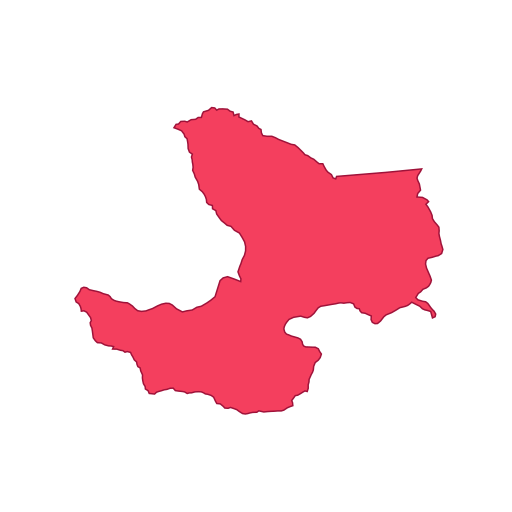 outline of Corumbá de Goiás, Goiás, Brazil, rotated 161°
{"feature_id": "56859067B32430674768714", "entity_name": "Corumbá de Goiás", "entity_type": "district", "adm_level": 2, "iso_a3": "BRA", "parent_name": "Brazil", "parent_adm1": "Goiás", "projection": "mercator", "projection_center": [-48.655, -15.953], "detail": "fine", "context": "isolated", "style": "filled", "palette": "rose", "viewbox_px": 512, "rotation_deg": 161, "n_neighbors": 0, "source": "geoboundaries", "source_scale": "gbopen_adm2", "svg_char_len": 4884}
<svg xmlns="http://www.w3.org/2000/svg" viewBox="0 0 512 512"><g transform="rotate(161 256 256)"><path d="M291.8,404.0L288.4,401.2L285.6,398.6L284.3,394.6L284.4,391.9L283.0,389.4L283.4,386.6L283.9,383.9L285.2,379.6L285.1,375.9L283.0,373.0L284.8,370.6L285.0,367.8L285.6,365.6L285.9,363.2L286.6,360.3L288.0,357.6L287.6,353.8L287.8,350.4L286.9,345.6L286.9,342.2L287.8,337.6L285.8,334.2L284.9,331.3L284.5,328.6L284.5,325.7L285.2,322.7L283.9,320.1L280.8,318.0L281.7,314.8L279.2,312.0L279.5,308.5L278.3,304.3L277.2,300.8L275.1,297.5L273.3,294.4L270.0,292.2L268.0,287.3L264.2,283.1L263.0,277.9L262.2,273.1L262.7,268.4L264.2,264.2L266.7,260.4L270.2,257.1L272.7,253.7L274.6,251.6L278.2,246.9L278.1,242.5L277.7,239.3L278.8,236.8L284.2,241.4L289.6,245.7L294.2,246.0L298.0,244.4L308.0,230.8L313.1,228.9L317.7,227.6L324.1,226.3L328.6,226.8L333.9,225.7L339.3,226.7L343.8,227.1L348.4,232.0L351.1,236.9L353.5,239.4L356.7,240.7L361.0,241.2L365.3,240.9L371.0,240.0L375.2,240.0L377.9,239.9L382.3,240.9L385.7,242.8L387.7,245.8L389.1,248.9L391.2,251.8L392.8,253.6L396.4,255.1L400.4,257.3L403.1,259.0L404.8,260.4L406.6,262.7L407.2,265.1L408.4,267.2L412.7,270.1L415.3,272.5L418.2,274.5L420.8,276.0L424.6,278.4L426.5,281.1L429.0,282.5L431.8,282.3L434.0,279.8L437.5,277.0L441.0,274.7L441.0,271.1L439.1,268.7L438.5,265.6L438.6,263.1L439.1,260.7L436.5,260.2L434.4,258.0L432.5,251.7L432.7,248.6L434.5,246.9L435.0,244.3L434.6,241.3L435.1,238.5L436.5,231.6L435.5,228.2L434.2,225.7L430.6,224.2L427.9,221.2L424.6,219.0L422.3,218.1L420.1,216.7L421.9,214.7L418.0,213.3L414.7,210.9L412.6,209.8L411.2,207.7L408.9,207.6L406.0,205.7L405.8,203.1L405.3,200.8L404.9,197.4L403.4,194.7L403.8,192.3L403.7,189.9L402.0,187.9L402.4,184.9L402.0,180.5L403.1,177.7L403.6,175.3L404.0,171.9L403.3,168.6L403.9,166.3L401.9,163.8L401.7,160.8L396.8,158.5L394.4,159.6L392.2,159.6L389.1,159.4L386.5,159.4L383.7,158.9L380.2,158.9L377.3,158.0L376.1,155.0L373.4,153.6L369.8,151.9L367.8,150.8L365.8,148.4L363.7,148.3L361.4,147.6L357.9,147.4L354.5,146.4L352.0,145.4L350.2,143.8L348.8,142.1L346.7,141.0L343.8,138.8L342.0,136.3L341.6,132.0L341.1,129.3L337.9,127.8L335.9,124.5L335.0,122.4L332.0,121.1L329.4,121.1L326.9,119.2L324.2,117.0L322.5,114.5L320.0,111.4L317.5,110.1L315.1,109.7L312.8,109.6L310.0,109.2L306.1,108.0L303.8,108.7L299.4,106.0L295.9,105.2L292.6,104.3L289.2,103.3L285.7,102.4L282.5,101.3L279.9,101.2L275.7,102.3L272.5,102.5L269.9,102.5L269.2,105.4L269.3,107.7L266.4,109.7L264.3,111.2L261.9,110.8L258.7,111.4L256.2,112.0L253.7,112.5L251.7,111.2L249.7,113.9L248.6,117.2L246.9,119.7L246.0,122.0L242.3,126.0L240.4,127.7L238.9,129.6L237.4,132.9L234.7,136.0L231.1,137.2L228.4,139.0L226.1,142.0L226.9,144.9L227.3,148.0L229.6,150.4L233.4,151.8L235.8,152.8L238.5,153.8L240.1,155.2L240.7,157.3L240.3,159.8L241.0,162.8L243.0,164.9L246.6,167.4L248.5,168.7L250.8,170.8L252.6,172.2L253.6,174.7L253.4,178.0L252.3,179.9L250.5,181.9L248.7,183.3L245.5,185.3L240.4,185.8L233.3,184.6L230.2,182.3L227.5,180.8L224.1,181.1L219.8,182.9L216.8,185.0L214.0,186.8L211.1,187.4L207.2,186.7L199.5,185.5L196.2,184.9L193.1,184.6L191.0,184.1L188.3,182.8L185.1,182.2L182.1,181.4L179.3,179.0L179.1,175.5L177.6,173.5L175.5,172.5L175.5,170.2L174.6,168.0L171.4,166.3L168.9,163.9L166.5,161.8L167.9,158.4L167.6,155.4L165.6,153.3L163.1,152.6L159.4,154.0L154.8,157.0L152.0,158.0L146.2,158.3L141.5,159.2L136.8,160.3L133.8,160.0L131.2,159.8L128.7,159.9L126.3,160.6L123.8,161.6L120.7,158.4L117.5,155.2L115.8,151.9L113.9,150.1L112.1,149.0L108.9,146.7L109.3,140.0L106.4,140.3L105.0,142.6L105.6,145.8L106.6,147.8L107.6,150.4L108.3,152.9L109.0,155.2L110.5,157.5L113.3,159.0L117.2,161.9L118.5,164.7L114.7,167.8L112.0,168.5L109.0,170.2L105.3,170.4L102.7,171.2L101.0,172.5L99.4,174.0L98.0,176.1L98.0,180.2L98.7,189.0L98.3,193.2L96.8,196.3L94.1,197.9L89.8,197.4L85.9,197.3L83.6,197.0L79.7,197.9L77.2,201.3L77.0,205.0L77.0,207.3L76.5,210.6L76.2,214.7L75.7,217.8L74.6,220.2L73.7,223.7L74.6,226.4L76.2,230.3L77.0,233.9L76.3,237.1L76.5,240.9L77.5,246.5L78.5,249.6L75.1,251.2L76.0,253.4L79.5,257.2L82.1,258.3L84.6,259.4L82.8,262.4L79.0,264.7L78.1,270.9L78.5,274.8L78.4,277.2L77.0,279.3L72.7,282.7L71.0,284.4L105.7,292.7L119.8,296.3L153.9,305.0L155.5,303.0L157.7,304.7L158.2,308.4L160.8,312.0L161.7,314.4L162.5,318.7L162.8,321.5L166.3,322.7L167.8,325.0L169.9,328.7L172.2,330.9L174.4,334.1L176.8,335.8L177.6,338.0L181.0,344.9L183.2,348.4L186.5,350.2L188.8,352.2L194.6,357.1L196.7,358.9L199.1,361.5L202.0,364.0L206.6,365.6L210.4,367.6L210.8,370.6L210.1,374.0L211.8,375.8L212.7,378.6L215.5,381.4L216.3,385.2L219.8,385.6L222.2,388.4L226.9,393.0L225.9,395.8L228.4,396.2L231.1,395.9L230.8,399.6L233.3,401.3L235.2,404.1L239.5,405.9L243.2,407.1L245.7,406.7L246.8,409.4L249.6,410.8L253.5,409.2L258.7,409.4L260.3,408.0L262.5,404.8L265.6,405.8L268.6,404.9L272.9,406.0L277.4,405.1L279.5,406.6L283.3,407.7L286.3,406.0L288.7,406.5L291.8,404.0Z" fill="#f43f5e" stroke="#9f1239" stroke-width="1.5"/></g></svg>